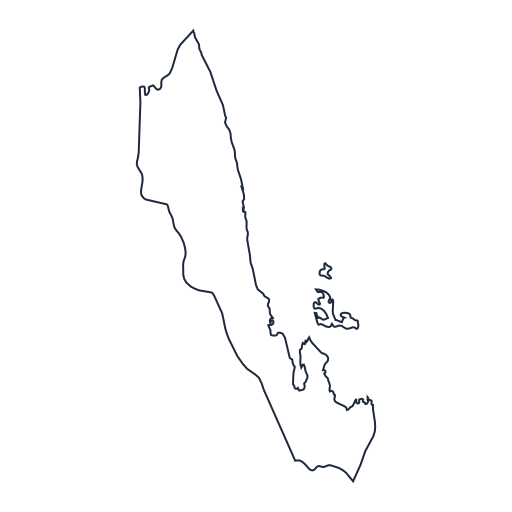 map outline of Semenawi Keyih Bahri (Equal Earth projection)
{"feature_id": "ERI-1562", "entity_name": "Semenawi Keyih Bahri", "entity_type": "Region", "adm_level": 1, "iso_a3": "ERI", "parent_name": "Eritrea", "parent_adm1": "", "projection": "equal_earth", "projection_center": [39.644, 16.17], "detail": "fine", "context": "isolated", "style": "outline", "palette": "slate", "viewbox_px": 512, "rotation_deg": 0, "n_neighbors": 0, "source": "natural_earth", "source_scale": "10m", "svg_char_len": 6085}
<svg xmlns="http://www.w3.org/2000/svg" viewBox="0 0 512 512"><path d="M157.4,89.7L159.6,89.3L161.1,87.3L161.4,84.9L161.3,82.3L161.7,79.9L163.3,78.0L167.8,75.2L169.7,73.4L172.2,68.1L177.7,49.4L180.3,44.7L193.2,30.7L193.4,32.0L194.3,33.3L194.9,37.1L198.8,44.1L199.1,45.4L199.2,47.9L199.4,49.1L201.0,52.2L201.3,52.9L201.7,54.9L210.3,71.8L216.6,90.8L222.9,105.0L225.1,115.4L226.1,117.9L225.0,122.6L226.7,126.3L229.2,129.6L230.5,133.4L230.9,138.1L231.7,142.2L234.4,149.5L234.8,151.8L235.1,156.8L235.6,159.3L237.0,162.9L237.5,167.8L237.9,169.9L240.9,178.8L242.9,188.3L241.7,187.5L243.5,193.0L244.0,195.7L244.1,199.2L242.5,201.5L243.9,207.1L243.5,210.3L242.9,209.4L243.0,211.3L243.9,211.9L244.9,211.9L245.4,212.3L245.2,216.6L245.4,217.7L246.5,220.9L246.6,222.4L246.5,227.2L246.6,228.8L246.9,229.9L247.7,231.9L247.9,233.4L247.8,234.9L247.2,237.9L247.2,239.7L250.0,255.7L250.4,261.1L250.7,263.0L252.8,269.1L256.0,285.1L257.8,289.4L263.2,293.7L264.1,295.6L264.8,296.4L268.2,298.4L269.1,299.4L269.1,301.0L268.7,302.4L268.1,303.6L267.8,304.9L268.1,306.3L269.4,308.2L269.7,309.1L269.8,312.4L270.3,314.4L272.8,318.0L271.2,318.2L270.1,319.4L269.8,321.2L270.3,323.1L270.7,322.0L271.5,320.8L272.5,320.3L273.4,321.3L273.2,323.7L271.5,324.8L269.4,325.1L268.4,325.1L268.6,326.3L270.3,329.7L270.7,333.9L270.9,334.8L272.2,335.4L274.4,335.6L276.4,335.3L277.2,334.3L277.9,332.9L279.6,332.6L281.4,333.1L282.8,333.9L285.0,337.8L289.8,358.0L290.2,358.4L291.9,359.2L292.3,359.7L292.5,361.8L293.0,363.9L293.8,365.6L294.8,366.8L293.4,373.6L293.0,384.1L293.2,384.6L294.0,385.4L294.2,385.9L294.6,387.8L295.4,388.7L296.6,388.8L297.9,387.9L298.8,390.2L299.9,390.6L301.3,390.0L303.3,389.6L303.9,389.0L304.5,387.6L304.7,386.0L304.5,385.0L304.1,383.8L304.4,383.1L305.5,382.1L307.3,378.0L307.5,375.6L305.6,371.4L304.6,366.5L303.9,364.7L302.7,364.7L301.9,366.6L301.3,367.6L300.5,365.1L300.3,362.7L300.5,356.3L300.4,355.0L299.9,352.6L299.8,351.3L300.0,349.8L300.6,349.3L301.2,349.0L301.7,348.3L302.3,344.1L302.9,342.9L304.2,344.1L304.8,344.1L304.9,343.1L305.5,340.7L306.1,340.7L306.1,342.3L307.1,341.3L308.3,338.7L309.2,337.3L310.5,340.5L312.3,343.0L321.0,352.4L322.4,353.3L324.5,353.9L325.2,354.3L326.1,355.0L327.2,356.2L327.9,357.4L328.2,358.7L328.0,360.0L327.4,361.5L325.7,363.2L324.9,364.3L324.4,365.5L323.0,370.1L324.0,370.0L324.8,370.3L325.3,371.1L325.5,372.3L325.3,372.7L324.4,373.2L324.2,373.6L324.4,374.1L324.8,374.6L325.4,375.9L327.5,378.0L328.0,379.1L328.3,380.6L329.5,383.8L329.9,385.4L329.9,386.8L329.6,388.4L329.5,390.0L329.9,391.4L331.1,390.8L332.3,391.2L333.3,392.1L333.7,393.4L333.9,394.4L334.7,394.7L335.0,395.5L334.9,396.6L334.4,398.5L334.3,399.3L335.2,401.5L337.3,402.9L344.1,406.1L345.6,407.0L346.2,407.7L346.9,410.0L348.2,409.6L350.3,407.3L352.4,406.2L353.8,403.8L355.0,401.0L356.3,398.9L356.2,400.9L356.5,402.6L357.4,403.5L358.9,403.1L359.3,402.1L359.1,400.7L359.3,399.5L361.0,398.9L362.2,398.8L363.2,399.7L362.8,401.0L363.0,401.8L364.8,402.6L365.4,404.0L366.3,404.0L366.9,403.6L367.4,403.0L368.2,401.5L367.8,400.5L367.6,399.5L367.6,397.2L368.1,397.8L368.5,399.1L368.9,399.7L371.4,400.5L371.6,401.6L371.5,403.8L372.0,404.8L372.7,405.4L373.0,405.3L372.9,406.2L373.1,410.0L374.9,421.9L375.2,426.9L374.8,431.5L373.4,436.1L365.2,451.3L360.6,464.6L353.1,481.3L346.0,472.7L342.4,469.9L338.5,467.8L330.2,465.2L328.6,465.2L324.1,466.9L322.8,467.0L318.8,466.0L317.1,466.6L314.3,469.7L312.5,470.4L310.8,470.0L309.4,469.1L304.5,463.7L302.0,461.6L299.3,460.4L296.3,460.5L295.2,460.7L263.7,389.6L261.8,383.8L258.9,377.7L255.1,374.4L247.2,368.9L242.8,363.9L237.4,356.2L229.1,339.5L226.9,333.9L225.3,328.5L222.2,313.4L214.2,295.8L212.8,293.6L211.7,292.5L199.3,290.4L195.0,288.8L190.7,286.5L186.3,282.5L184.3,279.1L183.3,275.1L183.1,265.1L183.4,262.1L184.0,259.9L184.8,257.9L185.3,256.2L185.6,253.8L185.5,251.0L184.9,247.3L183.8,243.2L181.2,237.0L178.9,233.4L176.8,231.0L174.7,228.0L173.8,224.9L172.5,218.3L171.3,215.6L169.5,212.2L168.7,209.7L168.2,207.2L167.6,205.4L166.6,204.3L145.8,199.5L143.6,198.0L141.5,195.2L141.0,192.4L141.3,188.7L142.6,180.8L142.5,176.8L142.0,174.3L140.9,172.2L139.5,170.1L137.5,166.7L136.8,164.2L137.0,161.3L137.7,158.8L138.7,152.7L140.4,102.5L139.8,88.9L139.7,87.6L141.9,86.5L144.0,86.6L144.8,87.8L144.9,89.8L144.8,92.3L145.3,94.9L146.7,94.9L148.2,93.2L149.1,90.9L149.2,89.6L148.8,87.9L149.2,86.9L149.8,86.7L153.0,85.4L154.4,86.6L155.8,88.4L157.4,89.7ZM355.9,320.4L357.2,320.5L357.7,320.8L358.4,325.7L357.9,328.0L356.6,328.9L354.7,327.6L353.2,327.2L348.7,328.6L346.8,328.8L344.9,328.0L341.7,325.9L339.6,325.5L335.1,326.8L333.7,326.5L333.3,326.0L332.4,324.5L331.8,323.8L331.0,325.8L329.9,326.8L328.4,327.0L326.1,326.5L322.4,324.6L320.7,324.1L318.6,324.7L317.2,322.3L314.8,312.9L315.9,313.0L316.5,313.2L316.6,313.8L316.1,314.6L316.8,315.2L317.4,315.9L317.7,316.8L317.9,318.0L318.6,318.0L319.5,317.5L320.7,318.2L322.0,319.1L323.0,319.7L324.1,319.6L328.0,318.0L326.3,314.1L324.1,310.9L321.3,308.7L318.3,307.9L315.3,308.7L314.2,308.3L313.6,306.2L313.7,303.7L314.5,302.4L315.7,302.2L318.4,304.5L319.6,304.6L320.0,303.6L318.9,301.5L318.3,299.0L320.1,297.9L322.5,297.6L323.6,297.7L324.0,296.2L323.3,294.2L322.3,292.5L321.4,291.8L318.2,292.1L317.2,291.4L316.0,289.4L319.4,289.7L322.9,290.8L326.3,292.4L328.9,294.8L330.2,297.4L329.7,299.2L328.8,300.5L328.6,301.9L329.3,302.8L330.2,302.8L331.8,301.9L331.2,300.6L331.1,299.8L332.1,299.4L333.0,300.1L333.2,301.9L332.7,311.8L333.0,313.7L333.6,315.5L335.2,319.1L335.5,320.0L336.4,320.1L341.8,322.2L343.2,318.7L343.7,318.0L344.5,317.7L341.4,316.4L340.6,315.0L341.3,313.6L342.9,312.9L345.0,312.8L346.8,312.9L347.9,313.2L348.7,313.5L349.4,314.0L350.0,314.6L350.3,315.6L350.4,316.7L350.7,317.6L351.5,318.0L352.8,318.4L354.7,320.0L355.9,320.4ZM329.2,270.5L327.9,272.1L327.6,274.0L328.2,274.7L329.0,275.3L329.6,276.1L330.5,276.9L331.0,278.1L329.4,278.7L326.7,277.5L324.5,275.9L320.5,275.4L319.6,274.2L319.6,272.1L320.4,270.2L322.0,269.4L324.0,269.2L324.8,268.5L324.5,267.5L324.3,266.3L324.3,265.0L324.5,263.7L325.1,263.2L327.4,265.5L328.1,266.0L329.0,266.3L330.7,267.2L331.4,268.7L330.8,269.8L329.2,270.5Z" fill="none" stroke="#1e293b" stroke-width="2"/></svg>